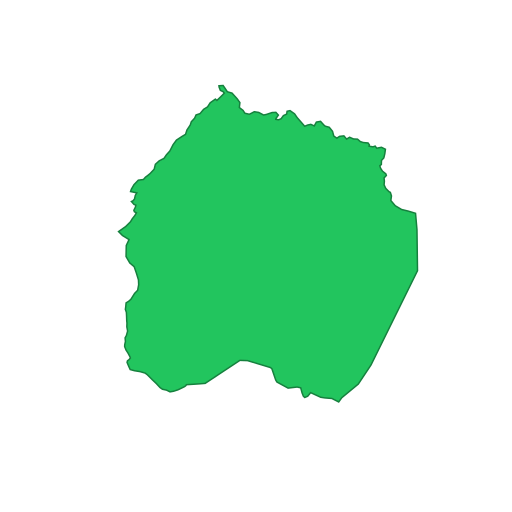 outline of Vretsia, Paphos, Cyprus, rotated 62°
{"feature_id": "46923920B56659599424200", "entity_name": "Vretsia", "entity_type": "district", "adm_level": 2, "iso_a3": "CYP", "parent_name": "Cyprus", "parent_adm1": "Paphos", "projection": "robinson", "projection_center": [32.659, 34.892], "detail": "fine", "context": "isolated", "style": "filled", "palette": "green", "viewbox_px": 512, "rotation_deg": 62, "n_neighbors": 0, "source": "geoboundaries", "source_scale": "gbopen_adm2", "svg_char_len": 2720}
<svg xmlns="http://www.w3.org/2000/svg" viewBox="0 0 512 512"><g transform="rotate(62 256 256)"><path d="M276.3,109.6L270.3,110.9L266.6,108.2L262.9,107.5L261.6,108.4L257.2,109.7L253.3,109.5L250.2,107.5L247.2,106.3L246.1,103.1L244.4,102.8L240.5,104.5L237.0,104.8L234.4,104.3L234.1,102.4L230.5,100.3L229.4,97.1L226.1,94.2L222.5,91.6L218.9,94.2L217.5,98.8L214.9,99.2L214.5,101.5L212.1,104.6L211.0,103.7L208.8,104.0L206.1,108.1L203.9,110.2L200.5,111.5L198.4,115.0L195.1,117.6L195.3,121.1L191.2,122.0L189.6,126.0L189.9,129.3L186.6,131.0L181.8,129.9L176.7,130.9L173.9,133.9L172.5,134.5L167.4,135.8L166.1,139.8L168.5,143.5L165.5,145.8L164.6,149.0L164.3,152.1L156.9,153.8L153.1,154.7L148.6,155.2L143.6,157.7L142.8,160.6L145.1,162.3L144.9,165.9L146.6,169.4L146.3,172.2L144.6,174.4L144.1,174.0L144.0,173.9L142.1,170.1L138.5,171.0L136.9,174.4L135.9,180.3L135.1,183.1L130.5,186.2L127.8,189.8L127.8,192.5L127.7,195.4L124.7,198.8L121.3,199.1L117.1,201.0L113.0,198.2L108.5,198.8L100.9,200.7L97.5,204.2L93.4,204.6L90.0,205.0L88.3,208.8L89.6,209.3L93.0,209.7L95.5,207.9L97.3,207.5L98.2,210.2L100.3,217.5L98.4,218.2L99.2,224.5L101.6,228.8L101.9,233.4L104.0,238.5L103.3,242.7L105.5,245.5L107.1,250.1L109.5,252.6L112.3,257.8L115.5,261.1L115.7,265.3L116.3,271.8L118.8,277.0L122.8,282.7L124.6,287.6L126.6,291.4L126.5,296.7L127.8,301.8L131.6,305.2L133.5,310.9L134.1,313.9L134.5,316.6L135.6,319.5L133.8,324.3L135.7,330.2L138.5,334.7L140.2,336.5L144.3,331.6L145.8,334.1L148.7,336.6L149.5,338.7L149.4,340.4L153.2,339.5L154.7,338.2L156.2,339.5L158.3,342.4L159.9,342.6L161.7,341.3L163.4,344.0L164.9,347.5L166.9,350.9L168.8,357.2L169.9,365.9L175.2,364.3L181.9,360.4L185.8,365.6L190.8,368.4L195.5,371.0L203.0,370.7L208.2,368.6L214.7,369.6L221.9,371.0L226.3,373.1L230.7,376.6L232.0,380.7L235.5,386.8L236.2,389.7L236.4,392.7L239.6,394.8L241.8,396.4L244.9,396.9L248.1,398.4L252.6,400.6L254.6,401.4L257.9,403.3L262.0,404.6L265.4,407.8L266.8,410.0L270.3,411.5L272.6,413.5L274.3,414.5L278.1,414.9L281.3,414.6L285.5,414.6L287.1,414.8L287.9,416.8L288.1,418.1L288.2,418.7L289.4,419.8L293.8,420.2L297.2,420.4L300.2,417.2L303.7,412.6L307.3,408.9L309.8,407.7L316.7,405.6L321.8,403.9L327.1,402.5L329.7,401.2L332.4,398.0L335.6,395.7L336.7,392.3L337.5,387.9L337.6,386.3L337.8,380.6L337.6,379.0L337.0,377.8L342.4,365.8L344.6,360.7L343.0,344.2L340.6,319.2L344.4,312.6L356.7,300.2L361.3,295.6L363.0,294.9L367.9,295.7L374.6,296.8L377.1,296.7L387.7,289.7L391.0,281.2L393.4,278.4L398.5,279.6L402.0,280.0L403.8,279.4L404.1,276.2L402.3,271.9L411.1,265.2L413.7,261.7L417.4,255.9L423.7,251.5L421.4,246.8L417.1,225.8L406.2,205.6L344.8,120.3L308.3,101.5L293.2,95.1L287.9,100.4L283.3,105.6L276.9,109.5L276.3,109.6Z" fill="#22c55e" stroke="#15803d" stroke-width="1.5"/></g></svg>